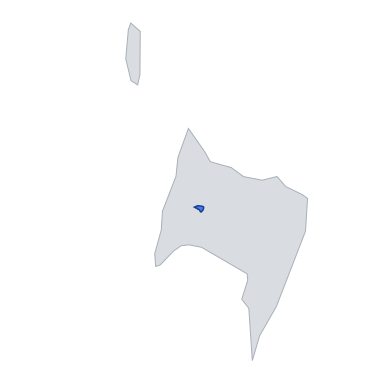 Arima highlighted on a map of Trinidad and Tobago, rotated 293°
{"feature_id": "TTO-53", "entity_name": "Arima", "entity_type": "City", "adm_level": 1, "iso_a3": "TTO", "parent_name": "Trinidad and Tobago", "parent_adm1": "", "projection": "orthographic", "projection_center": [-61.284, 10.631], "detail": "fine", "context": "in_parent", "style": "filled", "palette": "blue", "viewbox_px": 384, "rotation_deg": 293, "n_neighbors": 0, "source": "natural_earth", "source_scale": "10m", "svg_char_len": 1017}
<svg xmlns="http://www.w3.org/2000/svg" viewBox="0 0 384 384"><g transform="rotate(293 192 192)"><path d="M231.2,300.9L200.2,311.8L119.5,314.4L86.1,310.4L60.4,313.4L107.2,289.7L112.7,279.7L132.5,277.8L138.2,274.8L144.8,222.4L142.2,209.9L138.3,203.0L130.3,198.0L112.3,191.2L109.3,187.6L120.6,181.8L144.8,178.6L162.9,172.3L200.3,171.1L218.4,165.5L249.1,163.9L234.0,188.0L227.0,197.0L229.8,218.7L226.3,233.4L230.3,252.0L239.5,264.2L233.6,276.2L232.7,294.4L231.2,300.9ZM279.7,98.2L269.4,100.1L270.6,92.4L288.7,79.0L316.5,70.0L323.6,69.6L319.6,81.6L279.7,98.2Z" fill="#d9dde1" stroke="#a8b0b8" stroke-width="1"/><path d="M179.0,200.1L181.7,202.7L182.0,204.0L182.8,206.7L182.9,207.9L182.6,208.7L182.0,208.9L181.1,209.1L179.4,209.1L177.6,208.5L177.2,208.2L177.1,207.8L177.1,207.5L177.4,207.1L178.1,206.4L178.4,206.0L178.6,204.9L178.6,204.6L178.5,204.2L178.5,203.9L178.6,203.5L178.8,203.3L178.9,203.1L179.0,202.8L179.0,202.6L178.8,202.3L178.8,201.8L179.0,200.1Z" fill="#3b82f6" stroke="#1e3a8a" stroke-width="1.5"/></g></svg>